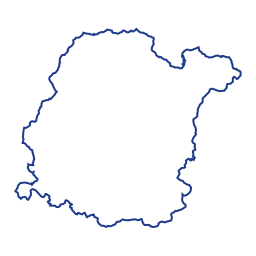 outline of Luc Ngan, Bắc Giang, Vietnam
{"feature_id": "81297802B38321972927223", "entity_name": "Luc Ngan", "entity_type": "district", "adm_level": 2, "iso_a3": "VNM", "parent_name": "Vietnam", "parent_adm1": "Bắc Giang", "projection": "orthographic", "projection_center": [106.634, 21.437], "detail": "fine", "context": "isolated", "style": "outline", "palette": "blue", "viewbox_px": 256, "rotation_deg": 0, "n_neighbors": 0, "source": "geoboundaries", "source_scale": "gbopen_adm2", "svg_char_len": 5702}
<svg xmlns="http://www.w3.org/2000/svg" viewBox="0 0 256 256"><path d="M57.8,69.8L55.4,72.9L53.1,73.4L51.6,75.4L49.9,76.8L49.5,77.5L49.2,78.6L49.6,80.1L50.1,81.0L52.7,84.6L53.3,86.5L54.8,89.5L55.5,90.6L56.8,91.7L55.5,93.2L54.7,94.7L50.5,99.2L49.5,98.7L49.3,99.2L48.2,100.0L46.3,100.2L43.0,101.2L42.4,101.6L41.5,103.7L41.4,106.6L40.1,107.4L39.7,109.2L38.6,110.7L39.0,113.3L37.9,114.7L37.2,116.0L36.1,120.7L35.8,121.2L34.7,121.8L33.0,121.3L30.9,121.6L29.8,123.6L30.1,124.9L28.9,126.2L26.5,127.7L25.0,127.9L24.1,127.7L23.3,132.3L23.1,135.9L22.8,137.3L23.5,138.8L23.5,139.5L22.6,142.5L22.6,143.0L24.3,143.0L25.6,144.1L27.5,146.4L29.1,147.0L29.4,148.2L30.8,149.7L32.4,150.2L32.4,151.9L33.3,154.8L34.1,158.6L34.2,159.5L33.5,160.3L33.5,161.7L32.8,163.5L33.3,165.1L32.9,165.3L31.1,164.8L29.2,165.0L28.3,164.4L28.4,165.9L27.8,166.9L27.8,167.7L29.0,170.4L29.7,171.1L32.0,172.5L33.5,172.0L33.2,172.7L33.3,174.6L35.0,176.0L35.9,177.5L37.4,178.7L37.5,180.0L36.5,181.0L35.0,181.3L32.2,184.4L32.1,184.0L32.4,183.1L32.1,183.0L31.0,184.2L28.7,183.4L25.6,182.6L23.6,182.6L20.1,183.2L18.1,185.6L17.3,188.2L16.9,189.1L15.4,190.9L15.4,191.4L17.6,192.6L17.9,193.3L18.4,196.3L19.2,197.3L20.0,197.7L20.8,198.8L22.6,197.2L24.7,196.9L26.0,197.5L26.9,199.1L27.8,199.8L28.3,199.6L30.9,195.0L31.0,192.9L30.5,191.0L30.9,190.1L31.8,189.4L33.1,189.2L34.8,189.9L36.0,190.6L40.9,196.1L42.2,196.9L43.2,197.1L43.8,196.9L45.1,195.1L45.5,194.0L46.5,194.1L49.4,196.2L49.2,197.7L49.3,198.4L50.0,199.6L50.0,200.2L49.5,200.9L48.1,201.3L47.8,201.8L48.9,203.6L50.4,203.7L50.6,204.4L50.2,205.6L55.1,205.7L56.2,206.8L56.8,207.1L58.8,206.9L59.8,206.2L60.1,205.1L60.7,204.4L62.9,204.2L65.0,202.8L65.4,200.9L65.8,200.3L67.7,200.8L70.1,203.4L71.9,204.4L71.8,204.8L70.7,205.0L70.3,205.5L70.0,207.3L70.4,207.6L71.7,207.9L71.7,209.0L71.9,209.7L75.5,213.8L77.2,214.3L77.8,213.1L78.7,212.9L80.5,214.0L82.1,214.3L84.0,212.9L84.9,212.9L86.6,216.8L87.3,217.2L87.9,216.4L89.2,216.1L90.5,215.1L92.3,215.1L92.9,214.6L93.7,214.5L94.6,217.1L96.8,217.8L97.9,218.5L97.5,220.6L98.1,222.4L98.8,223.5L101.3,225.6L103.5,225.8L106.3,226.9L106.7,226.8L107.5,225.9L109.1,226.2L111.3,226.1L113.5,224.9L114.8,224.7L116.9,221.8L119.7,221.6L122.6,219.4L125.4,220.2L128.4,220.3L134.4,219.3L135.6,219.4L137.8,220.2L138.8,220.1L141.4,219.0L141.8,219.3L142.7,222.6L143.4,223.8L144.5,225.0L148.8,224.9L149.5,225.2L150.0,226.1L151.3,226.4L152.4,227.0L155.9,226.6L156.9,226.3L158.1,225.3L158.5,224.7L158.6,223.4L160.5,221.9L162.4,221.6L164.2,222.3L165.5,222.2L166.6,221.7L171.0,220.5L171.3,220.2L171.9,217.3L171.1,214.5L171.4,213.7L172.4,213.0L174.0,212.3L175.4,210.9L177.2,211.0L179.4,210.0L180.6,209.8L182.6,208.8L185.5,206.8L185.7,205.4L185.5,204.7L184.6,204.2L182.9,202.3L182.4,201.0L182.1,199.6L182.5,196.9L182.5,194.4L183.5,195.4L184.3,195.6L185.1,195.6L187.1,194.7L189.4,192.8L190.4,191.3L190.9,189.6L191.0,187.4L190.3,186.6L189.3,185.0L187.3,184.6L184.3,182.9L182.5,180.6L180.7,180.5L177.6,178.2L177.4,177.7L179.6,173.6L179.6,173.2L178.6,171.5L178.8,170.5L181.6,168.0L184.3,167.8L185.1,167.2L184.7,165.0L186.2,163.0L186.2,161.8L185.9,160.8L186.1,160.4L188.4,158.8L189.2,158.9L190.0,160.0L190.6,160.4L191.1,160.4L191.7,159.9L191.3,159.1L192.0,158.6L193.1,159.6L193.7,159.9L194.1,158.7L194.8,158.0L194.7,157.4L194.4,157.0L193.0,156.4L193.4,154.3L192.8,151.6L193.2,150.7L194.8,150.1L195.3,149.7L194.6,146.8L195.0,144.3L194.7,143.8L193.0,142.7L192.3,141.4L192.3,140.5L193.6,137.4L196.0,134.5L196.0,134.2L195.4,133.0L196.0,130.6L195.5,127.4L194.0,124.8L193.4,121.1L193.4,119.3L196.5,117.1L197.4,115.8L197.5,115.0L197.1,113.8L197.6,112.8L197.9,108.8L199.2,106.5L199.8,104.8L200.9,103.6L202.4,102.5L202.8,98.3L209.0,92.1L209.9,89.5L211.2,88.9L212.4,88.7L218.6,91.0L219.4,91.1L224.3,90.7L225.9,88.6L226.7,87.8L226.8,85.4L227.4,84.0L230.5,83.7L232.9,81.7L232.8,78.3L233.2,77.6L233.9,77.0L234.6,76.9L236.5,78.7L236.8,78.9L237.6,78.8L240.3,75.8L240.6,75.3L240.6,73.3L240.6,72.1L239.7,71.0L237.6,70.2L236.7,69.1L236.1,69.4L235.3,68.8L233.8,68.7L232.9,67.7L232.4,65.4L232.5,64.3L231.5,62.6L231.6,61.1L229.2,57.3L226.2,57.1L222.9,55.9L221.5,56.2L221.6,56.8L221.0,57.0L218.7,55.8L217.4,55.6L216.2,55.7L211.8,57.3L209.0,57.5L207.7,56.7L206.9,56.7L205.4,56.0L205.1,54.9L204.3,54.2L202.1,53.5L201.3,51.9L199.8,51.1L199.1,50.2L198.6,47.3L191.5,50.2L189.0,50.1L187.6,49.6L186.5,49.7L184.3,51.1L182.6,53.0L182.2,54.5L182.1,56.2L182.9,55.7L183.2,55.9L183.3,57.0L183.9,57.8L183.3,58.8L184.2,59.1L184.2,60.1L184.9,60.2L185.2,60.5L184.4,61.3L183.8,60.7L183.5,61.1L183.5,61.5L184.5,62.4L183.5,63.2L184.3,63.9L184.3,64.3L184.1,64.5L182.8,64.5L183.6,65.4L183.7,65.9L182.5,67.2L182.0,68.1L180.0,68.4L178.4,67.5L175.2,67.5L173.4,66.7L170.8,66.1L170.3,65.7L170.1,63.3L168.0,61.8L166.4,59.8L164.2,59.5L163.5,58.8L162.2,58.3L161.0,57.0L159.7,57.3L158.7,56.6L157.8,56.7L156.1,54.7L155.3,52.7L152.2,50.6L151.7,49.5L151.7,48.7L152.4,46.2L153.7,44.1L153.2,41.2L153.8,39.1L153.7,38.1L153.4,37.8L151.9,37.3L151.3,36.7L149.6,36.4L147.6,35.6L146.6,34.2L144.8,33.6L143.3,32.7L142.4,32.8L140.2,32.3L138.9,31.5L136.3,29.0L135.3,30.2L133.3,31.4L132.5,31.5L131.0,30.5L129.1,32.1L128.7,32.2L126.7,32.2L124.3,30.6L122.9,30.5L122.1,31.7L121.6,32.1L120.0,32.6L118.4,33.6L117.9,33.7L116.2,33.2L112.7,32.7L112.3,32.3L112.0,30.8L109.7,30.1L107.0,29.6L105.9,30.9L105.0,31.1L103.6,32.1L100.7,32.2L99.9,32.7L98.7,32.9L97.8,34.1L95.3,34.5L94.0,34.0L93.8,35.0L90.9,34.5L89.4,33.9L86.5,33.6L83.4,32.7L82.8,34.4L82.4,34.9L79.9,37.0L78.4,37.7L75.8,37.8L75.0,39.1L73.2,40.2L73.5,42.7L73.4,43.7L71.4,46.2L68.9,47.5L68.6,48.7L67.7,49.6L67.6,50.2L68.0,50.8L67.9,51.2L66.8,52.7L65.6,53.6L64.5,55.1L62.5,54.9L61.4,56.0L60.0,58.3L59.6,60.8L60.1,62.4L59.3,63.7L59.4,65.9L58.8,66.8L57.8,69.8Z" fill="none" stroke="#1e3a8a" stroke-width="2"/></svg>